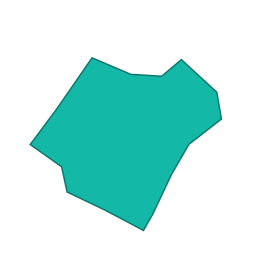 the district of Kindu, Maniema, Democratic Republic of the Congo, rotated 210°
{"feature_id": "63176286B62585085359897", "entity_name": "Kindu", "entity_type": "district", "adm_level": 2, "iso_a3": "COD", "parent_name": "Democratic Republic of the Congo", "parent_adm1": "Maniema", "projection": "orthographic", "projection_center": [25.912, -2.975], "detail": "fine", "context": "isolated", "style": "filled", "palette": "teal", "viewbox_px": 256, "rotation_deg": 210, "n_neighbors": 0, "source": "geoboundaries", "source_scale": "gbopen_adm2", "svg_char_len": 420}
<svg xmlns="http://www.w3.org/2000/svg" viewBox="0 0 256 256"><g transform="rotate(210 128 128)"><path d="M69.0,203.4L116.0,213.9L124.7,189.7L128.2,187.9L130.9,186.6L140.5,181.8L147.3,178.4L152.5,175.8L194.2,170.8L199.3,108.3L204.4,64.8L173.1,61.9L166.1,61.2L153.8,47.7L148.7,42.1L106.9,45.4L63.4,47.0L63.5,66.1L67.1,109.5L67.1,144.3L51.6,182.5L69.0,203.4Z" fill="#14b8a6" stroke="#0f766e" stroke-width="1.5"/></g></svg>